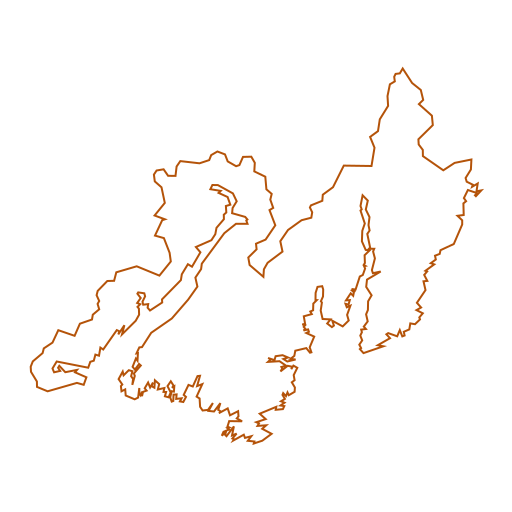 Lødingen nor, Nordland, Norway (orthographic projection)
{"feature_id": "86288312B56909660985265", "entity_name": "Lødingen nor", "entity_type": "district", "adm_level": 2, "iso_a3": "NOR", "parent_name": "Norway", "parent_adm1": "Nordland", "projection": "orthographic", "projection_center": [15.635, 68.46], "detail": "fine", "context": "isolated", "style": "outline", "palette": "amber", "viewbox_px": 512, "rotation_deg": 0, "n_neighbors": 0, "source": "geoboundaries", "source_scale": "gbopen_adm2", "svg_char_len": 6068}
<svg xmlns="http://www.w3.org/2000/svg" viewBox="0 0 512 512"><path d="M83.7,384.8L86.4,377.3L75.0,372.3L77.0,369.9L65.3,372.2L59.3,365.8L58.1,367.8L60.2,370.9L54.1,372.3L52.5,368.5L56.7,361.5L88.2,367.7L90.3,361.8L93.8,360.7L95.4,354.6L99.0,355.7L100.4,347.6L103.2,349.5L116.8,330.1L119.4,331.3L118.3,334.4L124.4,325.2L122.0,334.4L135.7,320.8L139.1,314.7L138.9,308.6L137.5,306.9L140.2,304.2L137.2,303.0L140.7,298.0L137.4,293.7L138.2,292.4L144.3,293.3L145.1,296.3L142.5,301.7L143.2,304.7L148.2,304.1L147.6,307.7L150.0,310.5L162.2,302.5L162.0,299.4L180.9,280.1L181.8,274.3L187.9,264.2L192.0,266.7L200.4,252.3L195.9,247.0L211.4,240.2L215.3,234.2L216.5,227.8L223.9,219.2L223.8,214.7L226.3,212.5L225.9,206.0L230.3,204.7L227.6,197.0L218.6,192.9L220.7,190.9L210.4,189.2L212.4,185.0L217.9,185.1L232.9,193.4L236.7,201.3L232.6,208.0L232.1,213.2L245.2,216.9L247.4,219.5L246.3,220.5L247.5,223.8L236.0,223.8L224.3,233.2L201.8,263.7L201.1,269.1L195.4,277.6L197.4,286.6L188.1,299.7L171.8,318.5L151.2,332.8L142.0,347.1L139.3,347.4L136.5,353.4L137.9,353.1L137.5,360.7L135.9,358.5L132.6,366.8L134.9,369.6L139.1,364.0L140.8,365.5L133.9,373.5L134.8,375.9L132.3,384.9L133.1,379.0L131.1,376.2L132.4,371.2L128.8,370.2L123.6,375.3L122.7,371.6L118.6,379.1L122.3,384.5L120.9,386.1L121.5,391.3L125.2,389.4L125.7,395.5L134.7,399.3L138.1,397.6L139.3,388.0L139.3,393.8L140.6,395.4L142.0,391.6L142.0,396.2L143.0,391.9L146.6,390.6L144.7,388.3L148.1,382.5L150.1,387.5L153.0,382.5L151.6,386.2L154.4,387.7L154.9,380.3L159.2,384.1L157.8,389.5L164.4,388.0L163.5,391.9L166.1,392.0L164.9,396.3L168.6,397.3L170.7,392.5L167.5,386.1L170.8,381.3L173.5,385.5L172.1,387.8L174.3,386.3L173.9,391.6L171.7,391.2L170.2,397.4L171.7,401.6L173.3,401.0L173.5,394.7L176.6,394.4L176.2,398.9L181.6,398.3L179.9,401.4L183.3,402.0L186.0,396.9L183.7,394.9L188.5,384.9L192.8,386.5L197.5,376.1L200.0,375.8L197.1,386.1L202.3,384.1L196.6,396.6L199.6,398.5L200.1,406.8L202.6,410.5L208.0,409.9L212.9,403.0L208.5,410.9L214.0,411.5L220.4,403.1L218.2,409.8L221.3,411.8L218.8,413.2L227.7,408.4L230.0,415.3L238.1,411.2L238.5,416.3L236.8,418.4L242.1,421.3L229.2,421.1L227.5,426.5L229.4,427.5L227.3,428.0L229.1,429.5L223.5,431.8L221.8,435.7L225.9,432.1L225.2,434.9L226.5,436.2L233.9,426.4L232.0,435.5L236.6,433.6L232.4,438.5L234.1,439.2L233.3,440.5L243.8,434.7L245.0,437.9L251.3,436.2L247.8,440.8L254.4,441.5L253.8,443.5L262.3,440.7L271.6,433.8L262.2,428.8L266.2,425.3L257.5,425.9L259.0,423.4L256.3,422.2L265.7,419.1L259.7,413.7L276.3,406.8L275.7,409.8L282.9,409.1L284.3,406.1L280.5,405.5L284.5,402.7L281.0,401.3L284.9,398.9L282.5,394.9L283.2,393.1L286.0,396.1L287.5,392.4L288.8,395.2L294.6,391.8L294.9,387.5L291.8,382.3L294.6,380.2L293.7,375.1L297.3,367.8L293.4,365.6L291.3,369.2L292.1,366.7L287.7,365.8L280.5,371.4L282.3,368.5L281.4,367.0L286.1,365.7L279.5,361.2L268.0,361.9L271.0,359.1L268.0,358.0L274.5,360.1L275.6,356.2L282.6,355.2L288.0,357.5L283.4,359.0L287.3,361.5L295.6,359.5L290.5,358.9L294.3,355.9L295.3,350.7L306.3,348.1L310.0,352.7L311.4,352.3L309.7,347.3L314.2,336.6L306.3,333.0L308.9,331.8L308.1,329.4L303.5,330.5L305.4,328.9L303.7,326.9L305.1,325.3L302.3,324.4L305.1,323.9L303.8,316.3L311.8,314.1L310.3,311.5L313.1,310.3L313.3,303.6L316.8,300.1L315.5,300.0L315.6,292.9L317.5,286.9L322.2,286.2L323.2,289.5L323.0,296.5L320.9,301.3L321.9,302.5L320.7,310.6L322.6,319.0L330.5,319.4L327.2,323.5L331.9,327.1L333.9,325.6L332.3,320.7L342.7,326.4L348.7,320.5L347.1,314.9L350.4,305.7L346.8,307.3L345.5,303.8L348.5,304.6L349.8,300.1L346.0,300.4L350.7,293.3L353.2,295.8L353.9,292.3L352.5,291.0L355.5,291.2L351.6,289.0L355.6,289.5L359.8,276.5L362.8,275.0L365.1,268.5L364.1,266.2L365.4,265.9L363.7,264.9L364.9,263.0L364.6,255.2L369.4,250.6L365.7,249.9L361.9,241.3L362.3,230.8L364.8,223.5L360.5,210.5L361.7,209.4L360.5,206.0L362.6,195.3L367.8,200.6L365.8,209.5L369.5,217.1L368.5,225.1L369.6,230.5L367.3,233.9L370.1,247.5L369.0,248.7L374.2,248.8L373.1,251.5L374.9,258.4L371.9,270.1L372.9,273.2L380.7,271.5L367.0,279.6L366.2,286.9L371.6,295.3L368.1,301.3L367.9,310.0L366.1,314.3L367.7,321.4L363.8,326.6L365.9,329.0L361.2,329.6L361.9,332.2L360.3,335.6L362.2,340.4L359.3,344.7L361.1,348.1L359.9,349.1L363.5,353.1L383.3,346.3L377.8,345.2L390.0,338.2L386.4,334.3L388.2,333.1L397.2,336.3L399.8,330.1L402.3,336.4L404.6,335.5L403.8,331.8L409.3,329.4L410.3,323.4L415.0,324.2L420.0,319.4L419.3,317.4L422.8,313.3L416.5,310.1L421.1,307.5L416.9,302.8L425.5,290.1L423.5,281.3L427.3,280.9L424.2,274.9L427.1,271.5L425.4,270.8L434.2,264.4L430.8,263.2L435.8,259.5L435.0,255.7L439.7,253.9L440.5,250.2L453.8,244.0L462.2,224.5L462.2,220.3L457.5,215.8L463.7,215.0L463.4,203.4L466.1,201.2L463.9,198.1L467.9,190.0L477.3,193.2L475.0,195.3L475.9,196.2L481.3,190.4L476.5,191.3L477.7,183.5L472.1,186.8L472.8,184.7L466.7,181.7L465.6,178.0L470.9,169.5L471.4,159.5L454.6,162.9L443.3,170.3L422.9,156.1L422.8,149.9L418.7,144.5L418.4,139.3L432.8,125.1L431.9,115.7L418.9,104.1L423.2,99.9L420.8,90.0L412.1,83.0L402.7,68.5L399.8,73.4L395.6,73.9L394.2,76.8L394.8,81.4L389.9,84.3L387.5,96.1L388.1,105.9L379.8,119.3L378.0,131.1L370.1,136.9L374.5,147.7L371.5,166.0L343.8,165.6L333.0,187.2L322.8,194.7L322.3,200.8L310.9,205.4L309.9,207.5L312.2,212.3L311.3,217.7L301.6,220.2L288.0,230.0L280.3,241.2L282.5,251.6L267.6,262.8L263.9,269.3L263.4,276.8L249.6,265.0L248.3,257.5L256.6,249.3L256.0,243.7L265.6,239.6L275.3,225.3L269.5,210.1L273.2,207.9L270.3,199.6L271.7,193.9L266.4,189.3L265.3,176.7L254.3,171.4L254.8,162.8L251.3,156.7L243.0,156.9L239.4,165.1L236.1,166.2L227.7,161.4L225.0,154.4L217.4,151.5L211.2,155.1L209.2,160.1L199.5,163.3L180.3,161.1L176.6,166.5L175.5,175.9L168.1,175.8L163.6,169.3L156.6,170.5L153.9,174.6L154.8,181.4L161.5,187.3L164.8,202.9L154.6,215.5L164.9,219.3L162.2,220.2L155.0,235.6L163.9,238.1L169.6,252.8L170.8,261.5L159.4,275.6L136.7,266.3L116.3,272.3L114.1,280.8L107.3,281.0L97.7,290.9L96.6,295.2L99.2,301.0L97.6,303.9L99.2,309.3L92.8,314.7L92.0,319.5L79.9,323.7L74.6,335.8L58.3,330.2L52.5,342.6L43.8,348.4L42.6,353.1L32.8,361.4L30.7,366.7L31.0,371.8L36.9,381.5L37.0,386.9L47.6,391.3L76.9,382.9L83.7,384.8Z" fill="none" stroke="#b45309" stroke-width="2"/></svg>